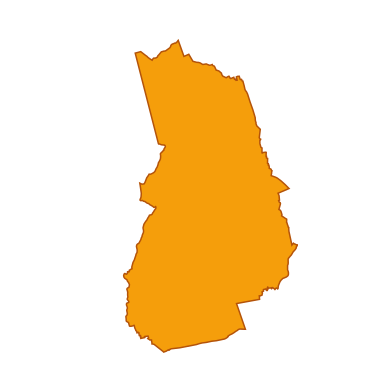 the district of Bang Pa-In, Phra Nakhon Si Ayutthaya, Thailand, rotated 166°
{"feature_id": "78962969B94424905183361", "entity_name": "Bang Pa-In", "entity_type": "district", "adm_level": 2, "iso_a3": "THA", "parent_name": "Thailand", "parent_adm1": "Phra Nakhon Si Ayutthaya", "projection": "equal_earth", "projection_center": [100.599, 14.226], "detail": "fine", "context": "isolated", "style": "filled", "palette": "amber", "viewbox_px": 384, "rotation_deg": 166, "n_neighbors": 0, "source": "geoboundaries", "source_scale": "gbopen_adm2", "svg_char_len": 5916}
<svg xmlns="http://www.w3.org/2000/svg" viewBox="0 0 384 384"><g transform="rotate(166 192 192)"><path d="M224.7,42.9L221.6,43.1L218.8,43.1L214.6,42.6L208.8,42.4L204.2,41.8L195.9,41.5L194.5,41.8L193.1,42.3L192.0,42.9L192.1,43.3L191.8,43.5L189.8,44.2L187.3,44.7L185.2,45.4L183.0,46.3L181.5,46.7L180.6,47.2L179.8,47.4L179.1,47.5L178.2,47.3L174.5,46.2L173.4,45.9L175.8,73.0L152.4,71.5L151.8,75.0L150.7,74.7L150.0,74.9L149.2,74.9L149.0,75.0L148.8,75.5L148.1,76.9L148.3,77.9L148.2,78.2L146.6,78.5L146.4,79.9L146.2,80.1L145.4,80.0L144.8,80.1L144.0,80.1L143.8,79.2L143.6,78.7L143.1,78.2L142.7,78.3L142.5,78.8L142.1,79.1L141.9,79.3L142.0,79.6L142.5,79.8L142.5,80.0L142.2,80.6L141.7,80.7L141.7,81.2L141.6,81.4L141.4,81.3L141.3,81.1L141.3,80.2L141.2,80.1L140.3,80.1L138.7,79.9L138.4,79.1L138.3,78.9L137.9,79.0L137.8,79.7L137.7,79.8L137.4,79.9L136.9,79.7L136.3,79.1L135.9,78.5L135.5,78.1L135.1,77.3L134.9,77.4L134.7,77.9L134.3,78.1L133.9,78.3L133.5,78.4L133.3,78.4L132.9,77.9L132.5,77.7L132.4,77.3L132.0,77.4L131.8,77.7L131.2,79.4L130.6,80.6L128.1,84.0L127.8,84.1L127.1,84.8L124.7,86.2L123.4,86.3L121.0,86.7L119.4,87.4L118.8,88.0L118.3,88.9L117.9,90.7L117.9,92.1L118.1,93.3L118.0,93.7L117.0,97.7L116.2,98.8L115.8,100.0L115.1,103.1L114.9,103.7L114.2,104.6L113.9,104.7L112.3,105.9L110.8,106.9L108.5,109.3L105.7,111.2L104.4,112.5L104.4,112.8L104.1,113.2L104.1,113.5L103.1,114.3L102.8,114.7L102.7,115.3L103.1,115.4L103.6,115.6L104.6,116.5L105.4,117.0L106.0,117.8L107.9,116.3L107.5,130.2L107.2,132.1L106.7,134.2L107.1,134.6L107.1,136.0L107.3,137.6L107.3,139.1L107.6,139.5L106.7,142.7L106.8,142.9L107.7,143.7L110.8,147.2L110.2,148.2L110.3,151.2L110.5,152.2L110.8,153.0L111.9,154.0L109.0,159.2L109.0,160.3L109.3,160.6L109.7,160.8L110.0,162.7L109.1,162.9L108.5,166.8L108.4,167.1L108.6,168.8L108.8,170.0L97.0,171.9L99.8,176.6L102.9,181.2L105.9,184.9L107.4,186.2L111.2,188.7L110.5,190.5L110.2,190.9L110.0,191.8L109.3,193.1L109.7,193.2L109.6,193.7L109.8,195.0L111.3,196.3L111.0,197.5L110.9,198.8L111.1,199.0L110.9,199.5L111.5,199.8L111.1,201.1L111.8,201.6L110.5,206.3L111.5,207.0L111.1,208.6L111.5,208.7L111.5,208.8L110.4,212.5L110.7,212.7L111.5,212.9L113.3,213.1L114.3,212.8L114.6,213.0L114.0,215.6L113.4,217.8L114.1,218.5L114.3,218.7L114.4,221.8L114.5,222.3L113.7,225.6L113.1,225.9L112.6,226.6L113.4,227.3L113.6,228.5L113.0,230.0L110.6,236.3L113.2,240.6L113.2,241.5L113.4,242.7L113.1,243.8L113.2,245.0L113.2,246.3L112.7,248.9L113.1,257.4L113.9,265.6L114.4,273.7L114.9,276.0L115.5,277.4L115.8,278.6L115.7,282.2L115.8,287.3L116.4,287.5L116.7,289.3L117.9,289.4L118.0,289.5L118.2,292.9L119.7,293.2L121.1,293.0L121.2,292.8L121.1,289.6L122.3,289.7L122.4,289.9L122.5,291.0L123.3,290.9L123.5,291.0L123.7,293.2L126.9,292.7L127.2,293.2L127.5,293.3L128.1,295.4L128.7,295.4L130.8,294.8L131.2,294.6L134.1,297.0L134.7,298.7L134.7,300.2L136.5,302.8L138.2,304.0L139.0,304.3L139.8,308.4L139.9,308.7L141.1,309.5L141.4,310.2L141.5,310.8L143.2,310.6L144.5,310.8L147.2,312.8L150.5,313.1L150.9,313.3L153.0,315.4L153.5,315.7L154.7,316.3L155.6,316.5L156.3,316.8L159.5,318.6L161.8,326.4L167.0,325.5L168.7,342.5L169.0,342.3L170.1,341.2L171.0,341.0L171.5,340.5L172.0,340.4L173.0,340.7L173.8,340.4L175.3,340.3L175.9,340.1L176.9,339.5L177.7,338.2L178.6,337.3L183.3,335.4L184.0,335.3L185.1,335.5L187.9,335.4L191.2,333.0L192.1,332.5L193.0,331.3L194.6,330.8L195.8,330.9L196.7,331.2L197.4,330.9L198.8,329.5L201.1,331.9L201.3,332.2L202.3,333.4L202.8,334.4L204.1,335.9L207.8,340.6L213.5,340.5L212.9,247.1L212.8,246.7L212.0,246.5L210.4,245.3L207.3,244.1L206.9,243.5L206.9,242.5L207.1,242.1L207.8,241.4L208.6,240.7L209.3,239.3L209.8,239.3L210.5,238.6L211.3,238.1L211.9,237.9L213.3,236.9L213.5,236.5L213.6,235.1L214.0,233.5L214.7,231.6L216.6,229.3L217.3,228.8L218.4,226.7L219.8,224.6L221.1,223.4L222.6,221.4L223.2,220.8L224.4,220.1L226.6,219.5L228.1,219.3L229.3,219.7L230.1,218.8L232.5,216.7L235.3,212.7L236.5,211.5L236.9,211.5L238.7,211.7L239.2,212.1L240.5,213.2L240.7,210.7L241.5,203.0L242.3,200.5L242.7,199.4L243.3,198.4L243.9,197.7L244.4,196.8L243.7,195.9L242.4,195.9L241.1,194.7L239.8,194.0L238.7,192.5L238.0,191.9L236.8,191.2L236.0,189.9L235.0,189.0L233.5,187.5L232.7,186.3L232.4,186.2L231.1,186.5L230.8,186.6L230.7,186.1L231.0,185.0L231.4,184.5L232.6,183.6L234.4,181.8L235.3,181.1L236.3,179.9L236.7,179.8L238.9,179.8L239.9,178.6L241.3,177.3L242.8,175.5L243.8,174.9L246.4,172.4L248.1,169.3L248.3,168.1L248.3,167.0L248.4,166.1L248.7,165.1L249.0,164.4L250.6,162.3L250.9,161.8L251.1,161.1L252.3,159.7L253.2,158.1L256.0,155.1L257.5,154.7L258.5,153.9L258.9,153.0L259.1,152.5L259.2,149.1L259.9,146.7L261.3,145.2L262.0,143.8L263.0,142.3L264.5,139.9L265.8,138.5L266.4,137.7L268.6,133.7L268.8,132.0L269.4,132.0L271.8,131.2L272.0,130.2L272.4,129.8L272.8,129.8L273.4,130.2L273.8,130.2L274.2,129.0L275.3,128.1L275.8,128.2L276.7,129.1L277.1,129.2L277.5,129.0L278.4,127.8L278.6,127.1L278.6,125.7L278.1,124.5L276.4,122.6L276.2,121.0L275.5,119.5L275.1,117.2L276.1,115.0L278.1,114.2L278.4,113.9L278.7,113.5L278.6,110.5L279.4,107.6L279.6,105.8L279.8,105.3L280.5,104.4L280.8,103.6L280.8,103.4L280.0,101.6L279.9,101.1L279.9,100.6L280.2,100.2L280.6,100.1L282.1,99.9L282.6,99.4L282.8,98.8L282.9,98.0L282.7,96.5L282.7,95.3L282.9,94.7L283.6,93.7L283.9,93.1L284.0,92.3L284.1,90.2L284.3,89.2L284.9,88.3L285.9,87.6L286.3,87.1L286.6,84.7L286.9,83.5L287.0,82.7L286.8,82.2L286.1,81.6L285.2,80.6L285.1,77.1L284.8,76.8L283.6,76.5L282.3,76.4L281.3,76.5L280.5,76.7L280.4,76.6L280.4,73.9L280.1,72.5L280.0,71.3L279.3,69.7L279.5,68.8L278.2,68.8L278.2,68.2L277.6,68.1L277.9,65.6L277.8,65.2L276.7,65.2L276.7,63.5L277.1,63.4L277.1,62.3L273.5,62.2L273.5,62.7L272.5,62.7L272.5,63.2L269.5,62.8L269.4,61.2L270.4,60.5L269.8,59.8L269.3,59.4L268.6,58.5L267.9,58.5L267.1,58.2L267.3,57.1L267.3,56.0L267.6,54.2L266.9,54.0L265.6,53.3L258.6,44.2L258.2,43.5L255.5,43.8L253.4,44.5L253.2,44.2L252.3,44.6L252.1,44.2L251.4,44.6L250.2,44.9L241.5,43.8L224.7,42.9Z" fill="#f59e0b" stroke="#b45309" stroke-width="1.5"/></g></svg>